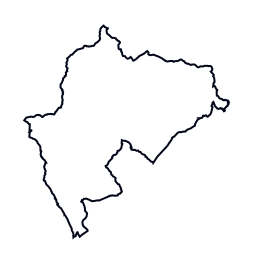 Vintila Voda, Buzau, Romania (Albers equal-area conic projection), rotated 85°
{"feature_id": "2599482B97538487419243", "entity_name": "Vintila Voda", "entity_type": "district", "adm_level": 2, "iso_a3": "ROU", "parent_name": "Romania", "parent_adm1": "Buzau", "projection": "albers", "projection_center": [26.732, 45.463], "detail": "fine", "context": "isolated", "style": "outline", "palette": "ink", "viewbox_px": 256, "rotation_deg": 85, "n_neighbors": 0, "source": "geoboundaries", "source_scale": "gbopen_adm2", "svg_char_len": 5852}
<svg xmlns="http://www.w3.org/2000/svg" viewBox="0 0 256 256"><g transform="rotate(85 128 128)"><path d="M232.1,191.8L231.6,191.2L231.2,189.7L228.2,188.3L227.7,187.7L226.7,187.5L229.5,186.8L232.1,185.5L230.1,182.7L227.0,177.2L226.1,177.2L224.0,178.9L222.1,181.0L221.6,180.9L220.3,181.6L217.5,181.6L215.6,180.4L214.9,179.0L212.6,177.0L209.4,176.2L206.6,178.1L204.6,177.9L202.2,178.2L198.9,179.2L197.8,179.8L197.7,180.4L197.3,181.0L195.9,180.2L196.2,179.9L196.0,179.4L194.7,178.1L194.9,177.2L194.7,176.3L194.9,175.3L196.4,172.3L197.7,170.5L197.8,168.6L197.4,164.4L197.8,163.4L194.7,153.9L194.2,153.1L194.4,152.4L193.7,151.5L194.0,150.2L193.7,149.5L194.1,148.3L194.4,145.7L194.2,144.0L193.1,143.5L192.8,141.8L192.1,141.3L191.8,140.5L191.3,140.4L190.9,139.7L189.6,139.8L188.7,140.5L187.0,140.3L185.6,141.1L183.7,141.6L183.3,141.9L183.1,142.9L179.9,145.1L178.0,145.1L176.9,144.7L175.6,145.9L174.7,147.3L173.8,147.6L172.9,148.6L170.1,149.1L169.1,150.4L167.4,151.1L165.8,152.2L165.4,153.2L163.9,153.6L163.4,152.4L162.5,151.4L159.9,150.1L157.2,146.9L156.4,146.3L155.5,146.4L154.3,145.0L153.7,144.7L153.6,143.1L153.3,142.2L152.6,141.5L151.7,141.2L151.1,140.5L149.9,140.4L149.7,138.7L147.6,136.5L144.3,135.5L143.5,135.0L143.0,135.7L139.6,135.2L140.2,133.8L140.7,131.4L141.8,129.7L142.1,128.8L143.8,127.4L145.3,126.7L146.5,126.8L146.8,126.4L147.3,126.4L147.6,127.1L148.3,127.0L148.4,126.2L149.8,126.4L150.3,125.0L150.3,123.2L151.4,121.6L151.4,119.8L152.6,119.2L152.9,117.7L154.7,116.7L155.5,115.5L156.1,113.9L157.0,113.1L158.1,113.2L158.6,112.0L159.2,111.5L160.1,111.4L161.1,110.0L163.5,107.9L163.8,107.3L163.9,106.1L165.0,105.9L159.2,101.3L149.0,90.1L147.0,88.7L146.4,88.0L145.9,87.9L144.6,86.5L141.8,84.7L141.5,84.8L140.8,83.6L140.8,83.0L137.2,79.0L136.6,77.6L136.7,74.8L136.4,73.5L136.5,71.0L134.9,69.3L133.8,65.4L132.4,63.1L131.7,61.4L131.2,61.0L130.2,61.0L126.6,58.6L126.0,58.1L125.1,56.5L124.4,57.0L124.5,54.4L124.2,53.3L123.9,52.9L122.5,52.3L122.2,51.9L122.7,50.8L122.1,49.2L123.5,48.1L123.7,47.6L121.7,45.0L120.4,44.0L114.7,42.0L114.2,42.1L113.7,42.8L113.2,42.9L111.6,41.8L110.5,41.7L109.8,41.2L109.5,40.6L113.8,39.4L116.6,37.1L116.9,35.8L116.4,34.8L116.6,34.2L116.3,33.8L117.0,33.3L116.8,32.6L119.7,31.0L119.5,30.3L119.0,29.9L118.7,30.0L118.1,31.0L117.5,30.8L116.1,28.8L115.3,28.3L114.9,27.1L114.2,27.1L113.4,26.0L112.6,26.3L112.2,25.7L111.1,26.2L110.9,25.3L109.4,25.9L109.2,27.1L108.5,28.3L108.7,29.0L108.4,29.7L108.7,29.9L108.7,30.4L108.2,31.3L107.2,32.0L107.1,32.7L106.7,33.8L106.0,34.6L104.9,34.9L103.8,35.7L103.5,36.7L99.0,36.5L98.1,35.7L96.5,36.9L94.2,37.6L93.6,39.0L93.9,39.5L92.9,39.3L92.4,38.8L91.2,39.1L90.0,38.2L89.8,37.8L88.9,37.7L85.3,37.8L83.8,38.7L83.0,38.0L82.4,38.0L79.0,40.6L78.8,40.3L78.8,39.9L77.0,38.8L75.2,39.3L74.7,39.2L73.8,39.9L73.4,40.6L73.4,42.1L72.9,43.6L73.0,44.7L72.7,46.0L73.2,48.1L72.9,50.4L73.7,52.3L73.6,52.9L72.9,53.9L71.1,55.4L70.4,56.7L70.4,59.5L70.7,60.0L69.1,62.6L69.2,63.5L67.8,65.5L66.5,66.1L65.9,67.3L64.6,68.6L64.3,69.6L65.5,72.2L65.6,75.8L66.0,76.8L65.1,77.7L64.9,80.7L65.3,82.8L64.9,83.5L64.5,85.0L63.7,85.3L63.1,86.5L61.8,87.7L59.3,91.7L57.7,95.3L57.2,95.8L57.4,99.5L57.0,100.6L56.2,101.3L54.5,101.0L53.0,102.2L55.5,105.9L55.6,106.5L56.4,107.8L56.5,108.9L57.3,110.1L57.5,110.8L58.3,111.5L59.1,112.9L59.7,113.3L61.4,116.5L61.2,117.2L59.2,117.9L57.5,119.2L58.7,120.9L59.0,122.4L57.8,123.8L56.2,124.7L55.8,126.8L53.8,127.4L52.1,127.4L51.2,128.2L49.2,128.0L48.8,128.7L48.9,129.7L48.2,130.4L44.4,130.4L42.3,128.6L41.8,128.6L40.8,129.3L40.1,130.8L39.4,131.0L38.9,131.8L37.7,132.3L36.9,134.1L36.9,135.7L36.4,136.5L33.9,138.6L32.4,140.3L31.3,140.8L28.5,140.9L27.7,140.2L27.6,139.7L26.9,139.4L26.3,140.9L25.6,141.7L25.4,142.4L23.9,143.4L25.2,145.3L27.1,147.0L29.1,147.2L30.0,147.9L32.1,147.7L33.4,148.3L36.6,148.0L37.7,148.5L39.8,150.8L40.3,152.1L41.1,153.4L43.0,154.7L43.2,155.2L43.0,156.6L43.4,157.6L43.3,159.1L43.5,160.0L43.2,160.5L43.0,162.1L42.7,162.1L42.4,162.6L42.4,164.4L43.2,165.2L44.2,165.6L44.6,166.2L45.6,172.1L46.3,172.5L47.6,174.6L50.0,177.1L50.2,178.5L52.7,181.4L53.4,182.7L54.6,182.2L55.3,182.3L57.6,183.7L59.0,183.3L61.1,184.3L62.7,183.5L63.1,183.0L65.5,183.9L66.1,183.6L67.4,185.1L69.5,185.1L70.7,185.6L70.7,186.4L71.5,186.5L73.0,188.4L74.4,188.5L77.6,190.3L78.6,191.3L81.5,191.7L83.3,190.8L83.6,190.2L84.8,189.9L85.0,190.3L86.6,189.5L87.5,190.1L88.4,189.7L90.0,190.7L91.7,191.0L95.0,190.6L96.5,191.4L98.1,191.2L100.1,192.6L101.7,192.9L101.9,193.3L101.7,194.0L102.0,194.8L102.0,195.4L103.5,196.5L104.3,197.5L105.3,198.0L105.9,199.1L106.8,199.3L108.1,200.5L107.6,201.6L107.6,202.7L107.2,203.8L107.3,207.5L107.6,207.6L107.5,208.4L108.1,210.1L109.6,212.2L109.4,212.8L108.6,213.4L107.4,214.9L107.4,216.0L107.1,216.2L107.1,217.5L107.3,218.4L108.4,220.1L108.8,221.2L108.2,223.7L108.8,228.4L111.3,230.7L112.6,229.3L113.4,227.7L114.1,227.5L114.5,227.0L115.6,226.1L115.7,225.5L121.9,226.3L121.9,224.5L122.2,224.4L122.6,224.8L122.5,225.4L122.8,225.8L122.7,226.1L123.3,226.5L123.3,226.0L123.5,226.0L124.4,226.4L128.1,227.1L128.7,226.6L129.7,224.3L130.5,223.5L131.1,221.8L132.4,220.5L132.9,220.3L133.3,219.8L134.9,219.4L138.6,217.0L143.2,217.1L143.3,216.5L143.7,216.4L146.2,217.3L148.2,217.2L149.5,216.2L149.6,216.5L151.0,215.7L153.1,213.6L155.4,212.6L155.6,212.5L155.7,213.4L156.9,213.7L158.9,214.9L160.9,214.7L163.6,213.8L164.3,214.0L165.3,214.6L166.5,214.2L168.3,215.5L170.3,215.7L172.2,216.6L173.6,215.9L173.5,215.3L173.7,215.2L177.0,214.3L180.3,211.6L180.7,211.6L182.0,210.6L184.8,209.8L185.2,209.4L186.6,209.2L187.7,208.0L188.8,207.4L190.3,207.0L190.9,206.6L191.4,206.6L191.8,207.0L193.0,206.3L193.0,205.8L195.8,205.6L197.4,204.3L198.2,205.2L200.0,203.7L200.9,203.3L202.0,201.8L208.1,198.9L209.1,198.9L209.0,198.7L210.3,197.8L213.5,196.3L219.5,194.4L223.0,192.9L225.1,192.9L227.0,192.0L228.7,191.6L230.1,191.6L230.7,192.0L231.1,191.7L232.1,191.8Z" fill="none" stroke="#020617" stroke-width="2"/></g></svg>